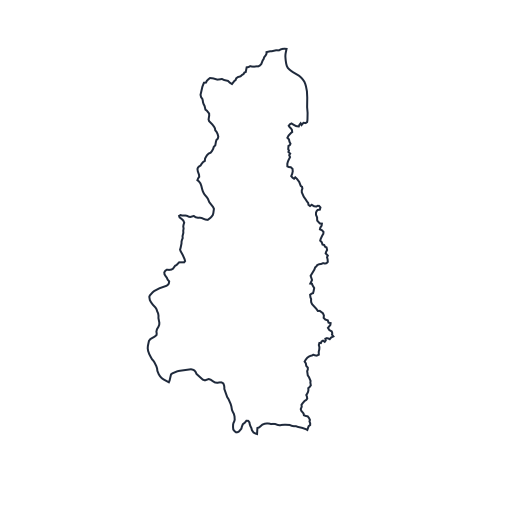 Gurupi, Tocantins, Brazil (Robinson projection), rotated 323°
{"feature_id": "56859067B58866139989342", "entity_name": "Gurupi", "entity_type": "district", "adm_level": 2, "iso_a3": "BRA", "parent_name": "Brazil", "parent_adm1": "Tocantins", "projection": "robinson", "projection_center": [-48.876, -11.658], "detail": "fine", "context": "isolated", "style": "outline", "palette": "slate", "viewbox_px": 512, "rotation_deg": 323, "n_neighbors": 0, "source": "geoboundaries", "source_scale": "gbopen_adm2", "svg_char_len": 6148}
<svg xmlns="http://www.w3.org/2000/svg" viewBox="0 0 512 512"><g transform="rotate(323 256 256)"><path d="M218.7,177.7L218.2,179.2L218.9,181.6L219.3,183.9L218.7,186.2L217.1,187.3L215.7,188.6L214.7,190.5L213.2,191.9L211.9,193.8L209.3,195.9L208.2,197.6L206.4,198.7L205.2,199.7L204.0,201.2L200.7,204.1L199.2,205.2L198.7,206.8L198.1,211.1L197.1,215.4L196.3,217.4L194.8,217.8L190.8,214.8L187.0,215.4L185.6,215.1L182.0,216.2L180.2,215.9L178.2,214.8L176.6,213.3L174.7,213.2L172.9,213.9L171.9,215.6L171.7,217.7L171.7,219.7L171.2,221.8L171.4,224.0L169.7,225.6L168.0,226.0L166.5,225.9L159.6,223.7L153.6,222.7L151.6,222.8L147.5,223.6L146.2,224.4L144.7,227.3L144.4,229.2L144.3,231.0L144.3,232.9L144.7,236.7L144.5,238.7L143.8,240.7L143.3,242.9L142.2,245.0L140.7,246.9L138.6,251.2L137.3,252.7L135.5,253.8L132.8,254.9L130.9,256.5L130.2,257.9L129.1,259.2L127.5,259.4L125.7,259.3L123.6,259.0L121.5,258.8L119.4,259.4L118.0,260.6L115.6,262.7L114.0,264.5L112.7,266.9L111.7,270.1L111.1,273.7L110.8,276.0L111.0,277.6L110.9,279.7L110.1,284.0L109.3,286.3L108.1,288.4L107.2,291.8L107.0,294.0L107.1,295.9L107.4,297.5L108.1,299.4L110.4,304.4L112.1,303.4L116.9,299.4L118.6,299.4L123.7,300.7L125.5,301.5L135.9,307.3L137.2,308.9L137.9,310.3L138.0,312.2L137.5,314.4L139.1,322.7L140.4,324.6L144.2,325.8L145.4,327.6L146.1,329.8L147.1,332.3L148.8,334.0L150.8,335.0L152.4,336.2L153.2,338.1L152.6,340.2L151.7,341.8L150.7,343.1L148.1,351.3L147.9,353.8L146.7,358.9L145.8,361.3L144.2,364.4L143.7,366.4L143.3,368.8L142.3,371.2L140.4,374.0L138.9,375.1L137.5,375.8L136.3,376.8L134.7,378.8L133.4,381.0L133.5,383.2L134.0,384.9L135.4,385.7L136.8,385.9L140.4,385.1L142.0,383.8L144.3,382.4L146.8,382.4L149.2,381.8L150.6,383.0L150.6,384.9L149.8,386.5L149.1,388.6L148.8,390.5L147.9,392.7L147.8,395.5L148.7,397.4L149.7,398.8L153.6,394.2L155.4,394.8L159.6,394.5L162.0,395.2L164.1,396.4L165.7,397.8L166.9,399.3L168.5,400.3L170.2,401.7L171.6,403.9L173.2,405.6L174.9,406.4L177.6,408.2L181.2,411.2L182.4,413.2L183.7,414.6L185.5,416.0L186.6,417.7L189.4,421.0L191.7,424.4L192.3,425.8L195.6,423.6L197.5,423.6L198.6,422.2L199.2,420.2L200.4,419.4L200.8,417.5L200.8,415.2L199.4,413.6L198.4,412.0L199.2,410.4L199.0,406.9L199.6,405.2L201.8,403.9L202.8,402.2L204.8,401.6L207.6,401.0L209.5,401.2L211.1,400.7L212.1,398.8L212.5,397.3L214.1,396.7L215.7,395.9L217.1,394.7L218.2,393.0L219.9,392.9L221.9,392.3L223.3,389.7L224.4,388.6L225.4,384.6L225.5,382.5L227.6,378.7L229.0,377.9L230.2,376.3L230.0,374.0L231.2,371.7L231.3,369.6L233.4,368.7L235.8,368.1L238.0,368.2L239.6,368.6L240.9,369.2L242.3,369.3L243.3,370.8L244.5,372.1L246.8,372.6L248.4,370.3L250.4,368.6L251.8,366.9L252.6,364.9L254.3,363.6L255.4,364.6L256.9,363.7L258.6,363.9L259.2,365.9L260.9,365.4L261.6,363.8L263.1,364.2L264.1,365.4L264.8,366.8L267.0,366.3L269.4,366.8L269.4,364.5L270.5,363.5L271.1,361.8L270.0,359.3L270.2,356.7L273.9,355.8L275.2,354.5L273.8,352.9L274.6,350.6L273.1,348.5L272.8,346.1L274.4,344.4L275.0,342.0L273.9,338.2L272.3,337.1L272.4,334.5L271.8,328.3L272.2,326.3L273.0,324.9L274.1,323.6L274.6,321.8L275.9,319.5L277.7,319.5L279.2,320.0L280.9,318.7L283.2,316.6L283.5,313.5L284.0,311.9L282.8,310.7L286.3,308.9L287.7,304.7L294.4,302.0L296.4,300.7L298.1,300.6L299.5,300.1L301.5,300.6L303.3,301.6L305.3,302.1L306.5,303.5L308.0,304.2L309.8,303.9L311.2,301.7L312.0,299.7L313.6,298.9L313.2,295.8L314.6,294.8L316.4,294.0L317.5,291.6L316.7,290.1L317.1,288.3L316.0,286.9L316.8,284.6L316.5,282.4L317.9,281.3L321.3,279.5L323.1,278.8L324.4,277.4L324.2,275.2L323.1,273.2L324.5,272.0L326.6,271.3L328.1,269.8L326.6,268.5L326.4,266.9L326.2,264.6L327.1,263.2L328.0,262.0L328.7,259.2L330.0,257.5L331.3,256.7L332.9,256.3L334.9,257.4L336.7,256.0L336.5,253.9L335.4,253.0L333.9,252.8L332.3,251.2L331.3,248.6L329.2,248.6L328.7,246.7L329.6,245.0L329.5,243.2L329.7,241.0L329.8,237.4L330.9,232.7L332.1,231.1L333.6,230.1L334.4,228.5L333.9,227.0L335.1,222.8L335.1,219.0L334.7,216.8L332.9,217.2L332.3,215.4L332.2,213.4L334.3,212.2L336.3,210.5L337.6,208.4L337.2,206.0L335.8,204.8L335.0,203.3L336.5,201.2L338.3,199.8L339.7,199.0L342.7,197.5L343.2,195.4L344.9,194.8L344.5,192.4L345.8,191.6L346.0,190.1L348.2,187.6L349.7,187.8L351.1,187.1L351.5,184.9L352.5,182.7L352.2,180.5L354.5,179.4L358.0,178.8L359.5,178.8L360.6,176.9L360.7,175.2L360.4,173.4L360.5,171.7L362.4,171.2L364.1,171.5L365.0,173.8L366.2,176.4L368.1,178.3L369.6,177.4L371.5,176.9L371.2,178.8L374.1,178.2L375.6,179.7L377.4,179.8L378.7,178.6L380.0,177.0L383.3,172.8L386.4,167.9L392.2,160.4L395.8,155.1L398.0,150.6L398.9,148.2L399.5,145.9L399.6,143.4L399.5,141.4L399.2,139.5L398.8,137.8L396.1,131.3L395.4,129.1L394.9,127.1L394.6,124.9L395.0,122.7L395.9,120.5L397.4,117.7L398.7,115.6L399.7,114.1L400.8,112.8L401.9,111.7L405.0,109.0L403.6,107.7L401.9,106.6L400.1,105.9L398.1,105.6L395.9,103.8L391.9,102.0L390.3,100.9L387.1,99.5L386.1,100.8L384.4,101.6L382.1,102.2L380.6,103.3L379.1,103.8L375.7,105.9L373.6,106.2L371.9,105.9L370.5,104.8L368.5,103.7L366.8,102.3L365.6,100.9L363.7,100.6L362.1,99.7L358.5,102.9L357.1,102.5L355.6,103.2L353.8,103.0L351.8,103.2L349.2,102.2L347.1,102.2L345.6,103.2L344.0,103.2L340.3,104.2L339.4,101.8L339.0,99.3L336.4,96.2L335.3,94.1L333.5,93.2L331.3,91.9L328.7,88.4L326.4,86.2L324.5,86.2L322.2,86.5L320.4,87.4L318.7,86.3L315.1,88.5L308.7,93.9L307.7,96.2L307.7,98.2L307.1,99.7L306.2,101.3L305.6,103.0L305.2,105.3L303.7,108.7L304.2,110.3L304.3,114.0L303.2,115.6L300.3,118.4L299.7,120.1L300.3,124.7L300.3,127.6L300.0,129.4L299.1,131.1L299.2,133.2L298.7,135.6L297.7,138.0L296.1,139.3L294.3,139.5L292.9,140.5L290.1,143.1L288.0,143.4L286.2,144.7L283.9,145.7L281.9,146.2L279.9,145.7L277.6,146.0L276.0,146.6L274.0,147.5L272.3,149.3L270.5,149.1L268.2,149.6L266.1,150.4L264.3,150.2L262.8,150.5L261.6,151.3L260.5,153.3L259.4,156.8L258.3,158.6L256.7,159.1L254.8,160.2L255.3,162.0L255.3,164.6L254.5,167.2L253.3,170.0L252.5,172.2L252.1,174.1L251.9,175.8L252.1,179.6L252.0,181.4L251.1,184.9L251.2,191.0L250.8,193.0L247.7,196.1L246.1,197.3L243.9,197.9L242.4,198.1L239.2,198.1L237.6,196.5L236.5,194.8L235.5,193.0L234.1,191.5L232.7,190.6L231.1,188.7L230.4,186.6L227.0,185.3L225.9,184.1L225.2,182.6L224.1,181.3L221.3,179.2L220.4,177.9L218.7,177.7Z" fill="none" stroke="#1e293b" stroke-width="2"/></g></svg>